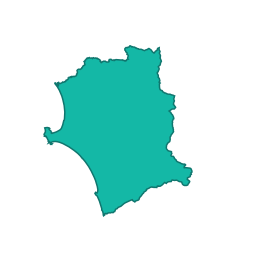 Bang Saphan, Prachuap Khiri Khan, Thailand, rotated 138°
{"feature_id": "78962969B53971782347722", "entity_name": "Bang Saphan", "entity_type": "district", "adm_level": 2, "iso_a3": "THA", "parent_name": "Thailand", "parent_adm1": "Prachuap Khiri Khan", "projection": "albers", "projection_center": [99.443, 11.301], "detail": "fine", "context": "isolated", "style": "filled", "palette": "teal", "viewbox_px": 256, "rotation_deg": 138, "n_neighbors": 0, "source": "geoboundaries", "source_scale": "gbopen_adm2", "svg_char_len": 5842}
<svg xmlns="http://www.w3.org/2000/svg" viewBox="0 0 256 256"><g transform="rotate(138 128 128)"><path d="M204.9,79.1L203.4,79.0L203.0,79.8L202.4,79.8L201.8,79.4L201.6,78.7L200.9,78.6L200.7,78.2L199.8,78.2L199.0,77.8L197.9,76.7L196.5,76.1L195.8,75.1L194.3,75.1L193.8,74.8L191.8,75.8L191.0,75.8L190.0,75.3L188.5,75.6L185.6,74.6L181.5,74.5L179.9,74.2L174.1,72.4L172.8,71.9L172.8,71.6L173.1,71.3L173.1,71.0L172.4,68.5L171.8,68.7L170.8,68.5L168.5,67.5L167.7,67.5L166.2,68.4L165.5,68.6L163.6,68.7L161.2,69.3L160.1,69.2L158.8,69.7L157.0,69.3L155.7,69.5L155.6,69.9L155.1,69.8L154.8,70.0L152.7,69.2L151.8,69.2L149.6,68.2L149.5,67.7L148.3,66.6L148.4,66.4L147.6,65.8L146.4,64.5L145.1,65.2L144.3,64.7L144.4,64.3L142.8,63.1L140.5,62.8L137.2,63.0L136.6,61.2L135.5,61.4L133.9,61.0L131.7,59.3L130.6,59.8L130.0,59.8L128.5,57.9L127.0,56.9L126.5,56.1L125.8,54.0L124.4,52.2L124.3,51.8L125.0,50.2L125.1,49.4L124.9,48.3L124.3,47.3L122.9,46.1L121.7,45.7L120.9,46.1L118.9,46.5L118.0,46.9L117.8,47.4L118.3,50.2L117.7,50.5L117.3,51.1L116.6,51.1L114.6,50.3L113.8,50.6L113.1,51.4L111.9,51.2L111.4,52.4L111.1,52.6L110.1,52.4L109.3,53.2L108.5,55.4L108.5,56.1L109.0,56.9L111.8,60.1L112.8,60.8L112.6,61.2L111.9,61.4L111.6,62.1L110.1,61.9L109.8,62.2L110.0,63.2L110.8,63.8L111.9,65.3L112.6,66.9L112.6,67.6L113.1,68.1L114.0,70.3L114.0,71.1L113.6,72.1L113.9,74.3L113.4,75.2L113.3,76.6L114.5,77.8L114.6,78.7L114.1,79.1L112.5,79.7L112.1,80.8L111.6,81.2L111.6,81.5L113.4,84.2L113.4,86.6L112.5,88.0L111.3,88.9L111.0,89.4L108.3,90.2L106.1,90.0L104.5,91.1L102.8,93.1L101.7,93.3L100.3,94.1L99.5,94.1L96.6,94.8L96.3,95.5L95.2,96.6L95.0,97.4L94.4,97.8L94.1,99.0L92.0,101.8L91.1,102.3L90.7,103.2L88.4,104.4L87.8,104.2L87.0,105.4L86.2,107.7L86.2,109.8L85.8,110.9L86.1,113.1L82.4,112.5L80.9,111.2L78.9,111.4L78.7,111.8L78.7,112.8L78.4,113.9L78.6,114.9L77.1,116.3L75.4,117.1L74.6,119.1L73.4,119.6L72.7,120.4L71.9,120.6L72.6,122.3L73.5,123.5L74.1,124.9L75.6,126.3L76.4,127.8L76.6,128.7L77.4,129.6L77.5,130.6L77.9,131.6L77.6,132.9L78.2,133.9L78.4,134.8L78.2,135.7L77.4,137.1L75.2,139.7L74.7,139.9L74.0,139.9L74.2,141.3L72.8,141.7L71.6,143.9L71.6,145.6L71.1,145.9L70.2,147.0L70.0,148.2L69.5,149.3L69.0,149.7L68.1,149.6L67.0,150.3L65.9,150.6L64.9,151.6L64.8,152.3L64.6,152.7L64.6,153.2L63.1,153.4L62.4,153.2L60.9,154.0L60.4,154.6L58.6,155.2L58.2,156.0L57.3,158.6L56.7,158.9L55.3,160.3L54.7,162.5L54.3,162.9L53.2,163.2L52.8,163.9L52.8,164.6L52.6,165.0L52.1,165.9L51.1,166.8L52.7,167.3L54.6,166.3L56.2,166.7L57.9,166.3L58.5,166.3L58.9,168.1L58.6,170.6L59.2,173.0L59.8,173.4L61.0,173.3L62.1,174.0L63.9,174.4L64.6,175.6L65.4,177.5L67.3,179.3L67.3,180.0L68.2,181.0L68.1,181.7L68.8,182.4L68.9,183.6L69.9,184.6L70.3,185.5L70.9,185.7L71.1,187.2L71.7,187.8L73.3,187.5L74.0,188.1L74.7,188.1L75.6,189.1L77.1,189.1L78.2,188.0L78.1,187.1L78.6,186.2L78.5,184.3L78.9,183.8L79.5,183.5L79.5,183.2L79.2,182.8L79.3,181.8L79.7,181.3L81.2,180.5L81.4,180.0L82.0,179.6L82.0,179.3L82.3,179.6L83.1,179.6L84.1,179.2L84.4,179.7L85.4,179.7L85.4,180.4L86.5,181.6L86.3,182.1L87.7,183.2L91.2,186.9L92.8,187.3L92.5,187.6L92.7,187.9L94.4,188.8L94.7,190.5L95.1,190.5L96.0,191.4L96.9,191.1L97.6,190.0L97.8,190.0L98.7,190.4L99.9,191.5L100.1,192.7L101.6,194.1L102.1,194.1L102.6,194.4L103.9,194.3L104.1,194.6L103.9,194.8L104.1,195.1L103.9,195.5L104.1,196.0L103.6,196.1L103.6,196.7L103.3,197.4L103.5,198.3L104.0,199.1L103.9,199.5L104.2,199.8L104.1,200.2L104.5,200.3L104.9,200.8L104.9,201.5L106.5,202.5L106.6,203.3L107.5,203.7L107.9,203.5L108.1,204.3L109.3,205.2L109.6,205.6L109.6,206.2L110.5,206.3L110.7,206.8L111.1,206.7L111.3,207.0L111.7,206.9L111.8,207.3L112.8,207.2L113.6,207.0L114.6,207.0L115.2,206.5L115.6,206.8L116.1,206.8L116.0,206.3L116.8,205.4L117.7,203.8L118.0,203.8L118.9,203.9L119.2,204.2L119.7,204.2L121.6,203.6L122.0,203.7L122.6,203.2L123.6,203.5L124.3,203.5L125.1,204.6L126.2,205.0L127.2,204.9L127.5,204.8L127.9,203.8L128.7,202.8L129.3,202.7L129.5,202.3L130.3,202.4L130.8,201.7L131.5,201.5L133.3,201.9L133.5,202.3L133.6,202.2L133.5,202.4L134.3,202.8L135.3,204.0L135.5,204.0L135.6,203.7L135.8,203.9L135.9,203.5L136.4,203.5L137.0,204.2L136.9,204.4L137.2,204.4L137.7,205.1L138.3,204.8L138.7,205.1L138.8,204.9L139.1,205.0L139.8,204.4L140.4,204.3L142.0,204.9L142.2,204.7L142.4,204.8L143.0,204.4L143.6,204.4L143.9,204.8L144.7,205.0L145.0,204.9L145.5,205.2L145.8,205.9L147.0,205.8L148.4,206.4L149.0,206.5L149.2,207.1L149.0,208.3L150.1,208.5L150.3,208.8L150.7,208.6L150.7,208.2L150.1,208.2L150.0,207.4L151.1,207.1L151.2,206.9L150.9,206.6L151.2,206.2L152.1,205.9L152.4,207.3L151.8,208.2L152.2,209.1L151.9,210.2L152.3,210.3L152.6,209.9L152.9,206.0L153.8,201.8L155.8,196.0L157.4,192.7L160.4,187.4L164.3,182.1L169.0,177.4L170.4,176.4L170.8,176.5L171.1,176.3L174.4,174.0L177.8,172.3L179.1,172.1L180.4,172.2L183.8,173.0L188.2,174.9L188.3,175.5L187.9,175.5L187.7,175.7L187.8,176.2L187.3,177.5L187.5,178.5L187.5,180.0L187.2,180.3L186.5,180.2L186.6,180.6L186.3,180.4L187.4,182.1L188.6,183.1L189.8,183.8L190.9,181.5L191.3,181.3L192.1,180.3L194.6,179.5L195.0,178.3L195.7,178.0L195.6,177.7L195.0,177.4L195.0,177.1L194.7,177.2L194.4,176.6L195.5,172.4L195.7,171.9L196.1,171.7L195.9,171.4L196.0,170.8L195.6,170.7L195.6,170.4L196.0,170.0L196.4,170.3L197.0,170.1L196.2,169.9L196.3,169.1L196.2,169.6L195.8,169.7L195.4,169.4L195.1,168.5L194.3,168.6L192.8,168.0L191.1,166.7L189.7,165.1L188.4,163.2L186.8,160.0L184.5,153.6L183.1,147.7L182.3,142.8L182.1,139.2L182.3,136.6L181.9,136.8L182.1,136.6L182.3,131.6L183.0,125.8L184.1,120.7L186.1,113.9L187.3,110.6L189.9,105.2L191.7,102.3L192.9,101.2L194.5,100.4L194.6,100.9L195.1,101.5L195.1,101.8L196.3,101.6L196.7,99.8L196.4,98.0L198.2,92.7L201.4,85.8L202.0,85.0L202.4,84.7L202.6,83.0L203.7,81.0L204.6,79.9L204.9,79.1ZM195.6,166.8L195.4,166.9L195.5,167.2L195.3,167.2L195.6,167.4L196.2,168.5L196.5,168.0L196.4,167.5L196.0,167.4L195.6,166.8Z" fill="#14b8a6" stroke="#0f766e" stroke-width="1.5"/></g></svg>